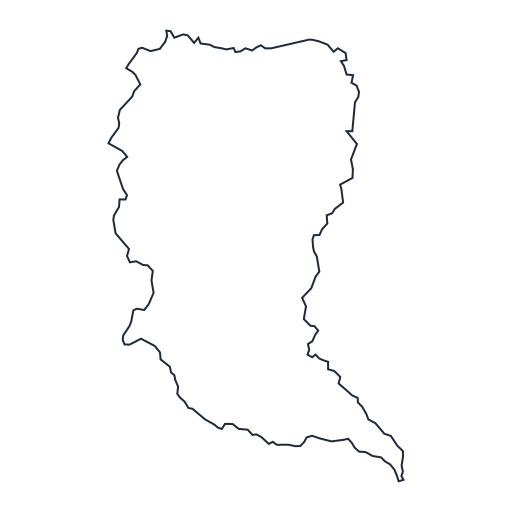 the district of Cerrito, Rio Grande do Sul, Brazil
{"feature_id": "56859067B22286341591662", "entity_name": "Cerrito", "entity_type": "district", "adm_level": 2, "iso_a3": "BRA", "parent_name": "Brazil", "parent_adm1": "Rio Grande do Sul", "projection": "natural_earth1", "projection_center": [-52.786, -31.747], "detail": "fine", "context": "isolated", "style": "outline", "palette": "slate", "viewbox_px": 512, "rotation_deg": 0, "n_neighbors": 0, "source": "geoboundaries", "source_scale": "gbopen_adm2", "svg_char_len": 2500}
<svg xmlns="http://www.w3.org/2000/svg" viewBox="0 0 512 512"><path d="M108.5,143.3L122.3,151.0L127.2,156.9L123.0,160.1L119.4,164.7L116.9,170.8L118.4,175.3L123.0,189.0L127.0,195.2L125.5,199.5L119.6,199.4L119.0,207.0L114.0,215.4L113.3,219.8L115.6,233.3L129.0,249.0L127.0,256.0L129.9,262.3L136.3,261.3L143.1,265.0L147.6,265.3L152.8,270.9L151.5,280.4L153.6,292.8L148.7,304.2L144.2,310.0L136.9,308.7L133.4,310.3L131.2,321.6L129.4,326.2L123.2,335.5L122.7,339.9L124.5,344.4L129.6,344.6L141.0,338.7L154.8,346.0L160.0,352.4L160.6,359.4L169.8,366.7L171.1,372.5L174.3,375.1L175.3,380.1L178.1,386.6L177.3,393.8L179.9,397.5L184.5,401.5L188.5,408.0L192.4,408.7L204.8,419.2L214.7,424.8L217.9,427.6L221.8,429.0L225.0,423.9L232.6,424.0L238.7,428.9L247.7,429.7L252.5,434.9L256.4,434.4L261.4,437.1L268.8,443.9L272.8,441.8L276.8,444.8L288.2,444.7L295.7,446.2L300.3,446.0L304.3,441.8L306.6,437.4L312.1,435.8L320.1,438.5L331.6,441.4L343.5,439.8L348.2,438.8L351.8,442.8L354.7,447.7L359.1,451.6L365.7,452.1L372.6,456.0L381.2,457.4L384.8,461.2L390.1,464.4L394.4,469.6L396.8,475.4L398.7,481.3L403.5,479.8L401.4,476.1L402.9,471.6L401.6,465.8L403.0,456.7L402.9,451.1L397.2,445.5L390.9,436.0L384.3,433.7L375.4,423.2L368.4,419.4L366.3,413.9L362.3,406.9L357.9,402.4L357.6,397.8L352.2,395.4L344.1,388.2L338.6,383.5L340.3,377.0L334.3,371.0L328.1,369.3L328.1,361.8L323.3,360.3L319.1,358.4L315.5,354.6L312.2,357.2L307.5,354.6L309.2,349.7L307.9,344.1L312.3,341.3L315.3,334.7L318.2,330.6L314.5,326.2L310.4,325.7L303.8,319.1L306.0,306.4L302.1,297.8L311.3,288.2L315.5,276.8L319.3,271.6L316.8,256.4L313.9,251.3L313.0,246.4L312.5,239.4L313.9,235.2L319.5,235.0L322.0,229.4L327.3,223.5L326.7,215.3L332.1,213.3L334.8,208.9L343.1,202.6L341.4,189.1L340.1,184.6L352.5,177.9L352.9,169.3L351.0,159.5L356.9,144.0L346.6,131.2L352.3,131.2L355.0,102.3L358.4,96.7L359.0,91.8L356.5,85.5L351.5,82.8L353.1,75.2L346.6,74.5L344.0,65.9L340.9,61.2L346.6,60.1L345.6,53.1L337.9,48.3L333.6,51.7L327.6,44.7L318.8,41.3L312.6,39.8L309.1,39.6L271.3,48.3L265.2,48.3L260.8,45.3L256.2,47.5L252.2,50.5L245.4,48.3L240.4,51.4L235.4,52.0L233.6,48.0L226.3,49.4L221.2,48.2L214.5,47.1L209.7,44.7L200.6,43.5L198.4,37.7L194.1,42.9L187.8,35.4L183.2,34.4L174.3,37.7L170.6,31.2L166.3,30.7L167.2,35.9L165.1,41.9L159.8,48.9L150.5,51.1L142.0,47.7L138.4,48.9L136.9,52.9L128.8,63.9L126.2,68.2L132.3,71.8L135.5,75.0L140.3,84.4L134.2,91.1L132.3,96.5L119.8,110.0L118.0,117.9L119.2,123.0L118.6,127.8L115.8,131.7L111.6,137.3L108.5,143.3Z" fill="none" stroke="#1e293b" stroke-width="2"/></svg>